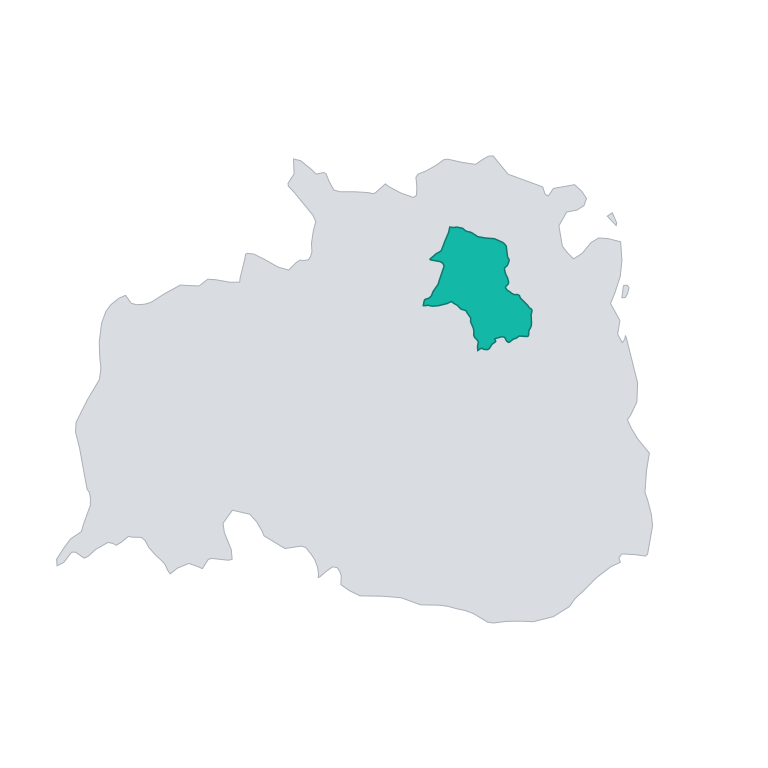 Kâmpóng Spœ on a map of Cambodia (Albers equal-area conic projection), rotated 192°
{"feature_id": "KHM-1787", "entity_name": "Kâmpóng Spœ", "entity_type": "Province", "adm_level": 1, "iso_a3": "KHM", "parent_name": "Cambodia", "parent_adm1": "", "projection": "albers", "projection_center": [104.227, 11.598], "detail": "fine", "context": "in_parent", "style": "filled", "palette": "teal", "viewbox_px": 768, "rotation_deg": 192, "n_neighbors": 0, "source": "natural_earth", "source_scale": "10m", "svg_char_len": 5187}
<svg xmlns="http://www.w3.org/2000/svg" viewBox="0 0 768 768"><g transform="rotate(192 384 384)"><path d="M666.0,138.2L667.8,144.5L663.3,156.4L658.5,167.2L649.3,176.7L648.9,183.7L646.0,204.3L647.3,210.9L649.5,216.5L652.6,219.5L660.9,239.6L668.4,257.9L675.8,272.9L677.2,282.5L670.9,306.8L663.3,329.1L664.1,340.2L667.6,351.2L671.3,366.0L672.9,384.9L671.1,397.2L667.6,404.9L661.0,412.9L655.2,417.0L648.1,410.4L642.4,410.1L634.9,412.2L629.0,415.3L617.1,427.0L603.8,438.4L585.3,441.4L578.2,449.8L570.5,451.0L555.9,451.5L546.3,453.6L546.8,457.7L546.1,477.5L546.4,482.1L544.9,483.4L538.3,484.0L527.0,481.1L511.8,476.3L500.9,475.6L495.4,484.2L492.1,487.6L488.0,488.2L483.8,489.7L482.3,493.6L482.0,498.4L484.2,506.6L485.0,519.7L484.5,528.6L488.5,534.2L511.9,553.0L518.8,557.7L519.6,560.5L515.6,570.8L519.3,585.3L512.0,585.1L499.8,578.9L494.0,575.2L486.9,578.3L484.5,577.7L479.7,570.6L473.4,563.3L467.0,562.9L453.4,565.8L439.6,567.9L434.3,567.9L432.2,569.2L424.2,580.1L420.8,578.2L406.8,574.2L394.0,572.6L391.4,575.4L393.0,584.3L395.8,592.9L394.2,596.5L387.2,601.1L377.9,609.3L372.3,615.7L368.3,617.2L354.2,617.0L340.2,617.8L334.5,623.8L329.3,628.5L324.7,629.8L306.3,615.0L269.8,609.8L265.9,603.2L262.4,602.0L259.0,610.5L239.0,618.6L230.6,613.6L224.5,607.6L225.4,600.3L231.2,594.4L241.1,590.1L245.8,575.1L238.2,555.9L231.6,550.3L224.6,545.8L217.3,553.0L211.0,565.2L204.5,571.4L195.4,572.8L182.1,572.3L176.9,554.0L175.3,538.3L177.2,520.5L179.2,509.9L166.5,495.2L165.8,481.3L159.6,474.1L157.8,477.7L157.9,481.7L156.2,478.8L136.2,437.9L132.9,419.0L136.4,404.5L138.5,399.6L132.7,391.9L124.5,383.1L110.1,371.6L109.2,353.6L106.2,332.3L101.9,325.1L95.3,311.9L91.8,301.0L90.8,272.3L92.6,270.0L102.9,269.3L116.0,267.3L118.1,262.7L115.8,258.8L124.2,252.4L136.3,238.2L145.7,223.4L152.4,214.0L156.5,204.7L170.0,191.6L188.7,182.5L201.3,180.4L214.5,177.4L227.1,173.0L233.1,172.6L248.7,178.0L257.1,179.3L266.0,179.3L275.2,179.8L283.2,179.3L302.4,175.6L322.8,178.5L340.9,176.2L363.4,171.8L374.4,174.5L384.5,178.8L385.9,187.5L388.2,191.5L391.6,194.6L396.1,194.6L401.8,188.5L406.5,182.2L408.1,181.0L408.4,184.1L410.8,190.9L415.1,197.6L419.4,202.0L426.7,207.9L431.4,208.2L446.7,202.5L469.8,210.5L472.5,214.6L480.0,222.8L488.2,228.7L506.1,229.0L512.5,214.3L509.3,205.5L498.9,190.1L496.1,181.0L499.4,179.3L516.7,177.5L519.5,175.7L523.3,165.6L528.0,166.7L537.6,167.9L547.7,161.0L553.7,153.8L557.0,157.0L560.6,162.0L564.6,164.9L571.9,169.2L580.0,175.2L585.1,181.2L589.2,183.5L599.5,181.7L602.2,181.9L608.1,174.6L612.3,170.6L615.9,171.7L621.1,171.6L631.7,162.2L637.8,153.7L641.1,151.3L650.8,155.4L654.6,154.5L660.1,142.9L666.0,138.2ZM170.2,529.9L168.2,531.0L166.3,530.9L164.4,529.2L164.6,522.7L166.0,518.7L169.3,517.9L170.2,529.9ZM200.5,594.6L196.3,599.0L189.8,589.9L189.9,587.3L200.5,594.6Z" fill="#d9dde1" stroke="#a8b0b8" stroke-width="1"/><path d="M272.1,499.3L270.5,498.9L270.1,498.8L269.7,498.4L268.9,496.9L267.8,496.0L259.9,490.9L257.6,488.7L256.8,488.5L255.7,488.1L255.3,487.8L254.9,487.4L254.6,486.8L254.5,486.0L254.4,485.1L254.5,483.2L254.4,482.0L252.3,473.9L252.1,471.8L252.2,470.6L252.5,469.2L253.2,467.0L253.3,465.6L253.2,464.5L253.0,463.7L252.8,462.8L252.8,462.0L252.9,461.2L253.0,460.8L253.2,460.6L253.4,460.4L253.9,460.2L261.8,459.0L264.1,456.4L264.5,456.1L265.0,455.7L265.5,455.6L266.5,455.0L267.6,453.9L269.3,451.8L270.1,450.9L270.9,450.6L271.5,450.8L272.3,451.1L273.1,451.7L273.7,452.3L275.1,454.1L275.7,454.6L276.5,454.8L277.8,454.9L279.0,454.5L284.9,451.4L285.2,451.1L285.1,450.8L283.8,449.4L283.6,448.8L284.0,448.1L286.1,445.9L286.8,444.9L288.0,441.4L288.5,440.4L289.5,439.4L290.4,439.0L292.9,438.7L293.8,438.7L295.7,439.2L296.7,438.8L297.3,438.3L299.2,436.3L300.2,439.5L300.4,440.9L300.4,443.8L300.5,444.7L300.6,445.0L301.2,445.6L302.0,446.4L304.8,448.3L305.4,448.8L305.5,449.0L306.5,450.7L306.8,452.9L307.4,455.3L308.2,457.1L312.3,462.9L312.4,463.7L312.7,465.9L312.8,466.3L313.2,466.8L317.8,471.2L318.7,472.4L319.9,472.9L324.0,473.2L325.3,473.9L328.5,476.1L328.9,476.3L332.8,477.5L334.0,478.1L334.3,478.3L334.8,478.7L335.2,478.6L335.9,478.2L339.2,475.7L347.1,471.9L352.4,470.3L353.4,470.2L355.4,470.1L356.3,470.2L357.1,470.2L357.6,470.1L359.5,469.3L361.9,468.8L362.0,473.4L361.7,474.8L361.2,475.4L360.6,475.8L360.0,476.2L358.9,476.6L357.8,477.6L356.8,478.8L356.3,479.5L356.0,480.1L355.2,484.7L351.8,492.8L351.4,497.5L349.7,511.8L351.5,514.3L354.5,515.4L363.4,515.1L364.6,515.2L365.0,515.7L360.2,522.1L356.7,525.2L355.8,526.3L355.5,527.5L354.0,537.2L353.3,540.5L352.3,545.7L352.3,551.2L348.5,551.5L347.3,551.9L346.6,552.3L345.9,552.5L345.5,552.6L339.7,552.7L339.1,552.5L336.6,551.0L335.5,550.7L334.2,550.5L331.0,550.5L329.6,550.2L325.9,548.8L322.9,547.6L314.8,547.9L306.3,549.1L297.4,547.2L295.9,546.5L295.0,545.9L293.1,544.3L289.6,534.1L288.9,533.2L287.9,532.2L287.7,531.9L287.3,531.2L287.3,530.4L287.4,529.2L287.8,526.5L288.2,525.3L288.7,524.4L289.6,523.6L289.9,523.1L290.1,522.6L290.0,521.4L289.4,519.8L287.9,516.9L286.9,515.5L285.5,513.9L285.1,513.3L283.4,509.9L283.2,509.0L283.2,508.0L283.9,506.6L285.1,504.8L285.2,504.1L285.1,503.4L283.0,501.4L279.9,500.3L277.9,499.2L275.9,498.7L274.6,498.6L273.7,498.8L272.6,499.2L272.1,499.3Z" fill="#14b8a6" stroke="#0f766e" stroke-width="1.5"/></g></svg>